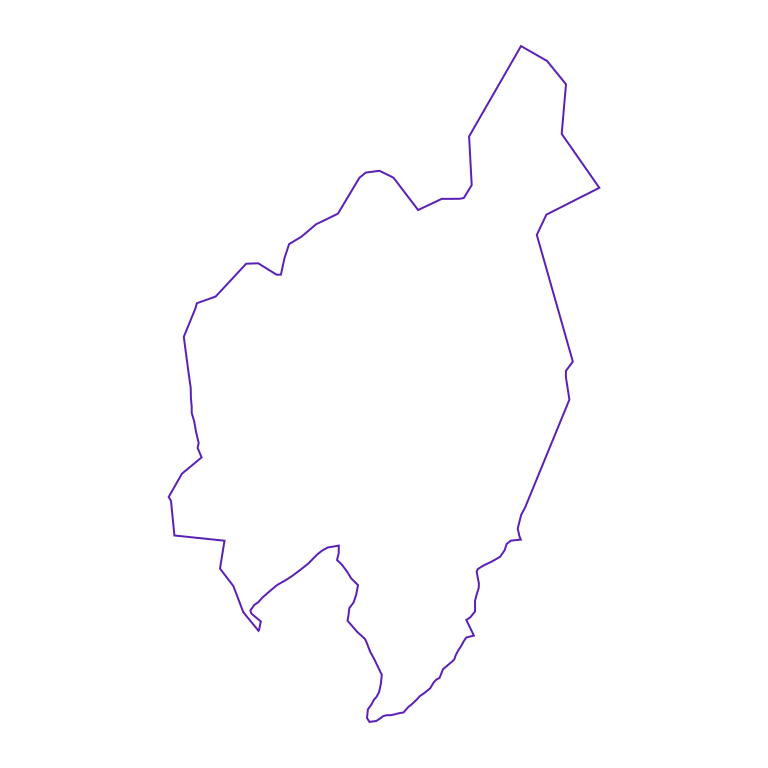 outline of Ibarapa East, Oyo, Nigeria
{"feature_id": "59680162B5704166644463", "entity_name": "Ibarapa East", "entity_type": "district", "adm_level": 2, "iso_a3": "NGA", "parent_name": "Nigeria", "parent_adm1": "Oyo", "projection": "robinson", "projection_center": [3.477, 7.592], "detail": "fine", "context": "isolated", "style": "outline", "palette": "violet", "viewbox_px": 768, "rotation_deg": 0, "n_neighbors": 0, "source": "geoboundaries", "source_scale": "gbopen_adm2", "svg_char_len": 2008}
<svg xmlns="http://www.w3.org/2000/svg" viewBox="0 0 768 768"><path d="M174.4,535.5L224.5,540.7L220.0,568.6L233.4,586.1L243.3,612.2L258.5,630.8L259.0,630.1L260.8,621.4L251.5,613.7L250.3,610.6L254.2,605.0L258.4,602.1L262.7,597.3L270.4,590.6L277.3,584.9L285.8,580.1L291.8,576.2L299.5,570.5L308.0,563.8L317.5,554.2L320.7,551.7L322.6,550.3L327.7,547.5L338.8,545.6L338.7,553.3L337.0,560.0L342.0,564.8L346.9,571.4L347.1,571.6L351.2,578.4L358.0,585.1L357.1,589.9L356.2,594.7L353.6,602.4L349.3,608.2L348.4,615.9L347.5,620.7L357.6,632.3L360.9,635.2L365.1,639.1L366.8,642.9L370.1,651.6L374.3,659.3L378.5,668.0L381.8,674.8L380.9,683.4L379.1,692.1L376.5,696.9L373.9,699.8L371.4,704.6L368.5,708.5L367.9,709.4L367.0,718.1L369.5,721.9L376.3,721.0L380.6,718.1L383.1,716.2L386.6,715.2L390.8,715.2L395.1,714.3L398.5,713.3L403.6,712.4L406.1,709.5L408.7,706.6L411.3,704.7L416.4,699.9L419.9,696.1L424.1,693.2L430.1,688.4L433.6,682.6L436.1,679.8L439.6,677.8L443.0,669.2L449.9,663.4L454.2,659.6L455.9,654.8L458.5,650.0L461.1,646.1L463.7,641.3L466.3,637.5L473.9,635.6L466.3,619.9L467.0,619.5L470.3,617.3L475.1,611.4L475.0,600.8L476.7,594.4L478.7,588.0L478.9,583.5L476.7,571.8L477.6,569.3L479.6,567.9L483.9,565.3L491.3,561.8L496.1,559.1L500.1,556.8L504.6,550.3L506.7,543.9L511.0,540.6L515.2,540.2L520.8,539.6L519.5,536.5L517.7,528.6L521.2,514.8L525.1,507.5L569.4,399.6L565.9,377.2L565.9,370.9L567.7,368.5L572.8,361.6L572.4,360.0L536.8,234.9L546.4,214.6L599.3,187.8L561.7,133.9L566.0,84.3L547.1,61.0L521.0,46.1L469.1,136.4L471.7,185.1L463.8,198.0L459.3,198.8L441.6,198.9L418.1,210.0L393.5,177.7L379.5,170.8L365.7,172.6L359.4,177.8L337.9,213.7L316.0,224.3L314.5,225.6L301.4,236.7L289.1,244.1L284.5,258.1L280.9,274.7L276.6,274.7L258.2,263.3L246.2,263.7L215.7,296.5L196.9,303.2L195.3,308.7L183.8,336.8L188.5,372.3L190.1,383.7L190.7,387.6L190.9,397.6L191.7,406.8L191.7,412.9L194.2,421.4L196.1,432.2L198.7,443.0L197.6,447.9L201.6,457.4L181.9,473.7L168.7,497.0L171.0,500.9L174.4,535.5Z" fill="none" stroke="#5b21b6" stroke-width="2"/></svg>